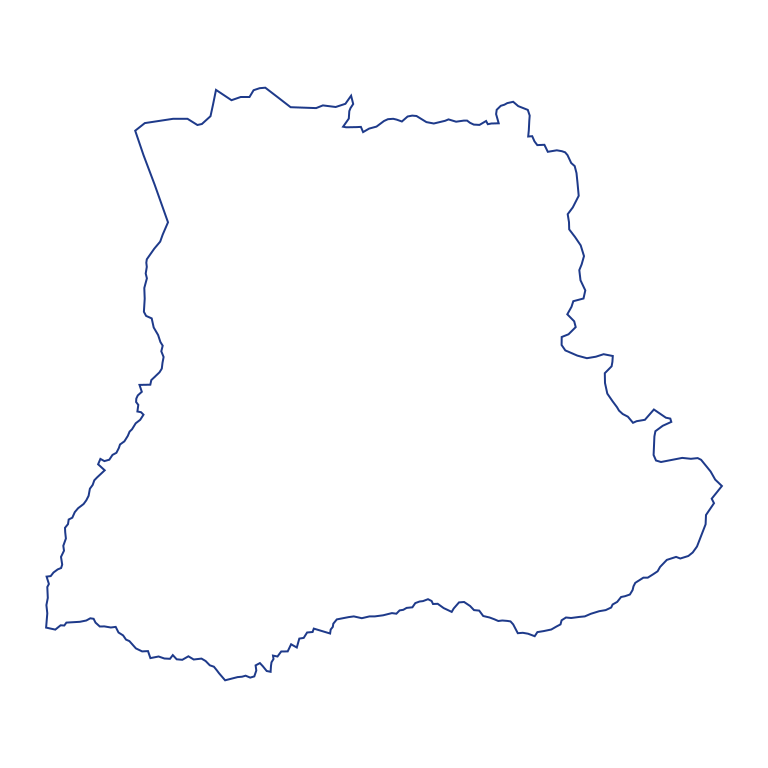 outline of Sertânia, Pernambuco, Brazil
{"feature_id": "56859067B10888923782063", "entity_name": "Sertânia", "entity_type": "district", "adm_level": 2, "iso_a3": "BRA", "parent_name": "Brazil", "parent_adm1": "Pernambuco", "projection": "mercator", "projection_center": [-37.338, -8.2], "detail": "fine", "context": "isolated", "style": "outline", "palette": "blue", "viewbox_px": 768, "rotation_deg": 0, "n_neighbors": 0, "source": "geoboundaries", "source_scale": "gbopen_adm2", "svg_char_len": 4467}
<svg xmlns="http://www.w3.org/2000/svg" viewBox="0 0 768 768"><path d="M351.1,95.7L345.4,103.8L335.7,107.0L322.9,105.4L316.1,108.1L290.6,107.2L278.6,97.9L273.9,94.3L265.3,87.7L259.6,88.2L253.6,90.2L249.5,97.0L240.7,97.0L231.5,100.2L216.0,89.9L213.0,104.7L210.5,116.2L201.9,124.0L197.4,125.0L187.5,118.8L173.1,118.8L144.8,123.1L135.2,130.7L143.5,155.1L154.7,184.8L168.0,222.3L162.7,234.6L160.2,241.6L154.3,248.6L146.8,259.3L146.3,262.7L146.8,266.9L145.7,273.5L146.9,278.3L144.3,288.0L144.7,298.7L143.9,311.8L146.1,315.9L151.7,318.4L153.7,327.5L158.1,335.0L160.4,342.0L162.7,345.7L161.3,351.3L163.6,357.0L162.5,362.8L161.8,368.6L159.5,372.3L151.3,380.1L150.3,384.7L139.5,384.9L141.8,391.8L137.8,395.4L136.3,398.6L136.1,402.0L138.3,404.9L137.4,411.5L141.0,412.2L143.5,414.7L140.2,419.8L135.7,423.3L132.0,429.3L129.6,431.6L127.8,435.9L124.4,441.3L120.0,444.5L118.9,447.9L116.4,452.8L112.5,454.9L109.3,459.7L104.4,461.1L100.4,458.9L98.1,464.3L104.7,470.3L97.0,477.5L94.3,480.3L92.7,484.9L89.9,488.7L88.6,495.8L86.3,500.3L83.6,504.0L78.1,508.2L74.8,512.1L72.3,517.7L68.7,519.5L68.0,524.1L65.0,527.8L65.2,532.2L65.9,538.5L63.3,545.8L64.0,550.7L61.0,556.9L62.2,564.6L61.1,568.0L57.7,569.4L53.5,572.5L50.7,576.1L46.6,576.6L48.9,584.0L47.3,587.0L47.8,597.9L46.4,605.1L47.3,613.3L46.4,624.0L46.1,627.6L55.3,629.6L60.6,625.3L64.3,625.5L66.4,622.6L79.9,621.8L86.3,620.5L90.3,618.3L93.6,618.8L95.5,622.6L99.8,626.5L104.4,626.4L110.8,627.5L115.7,626.9L118.5,632.5L123.1,635.4L126.0,639.6L129.4,641.1L135.9,648.4L142.1,651.4L148.0,651.1L150.4,658.1L158.6,656.5L164.4,658.5L170.0,658.8L172.8,655.1L176.7,659.3L182.3,659.8L188.4,656.3L193.7,659.5L201.5,658.6L205.6,661.0L209.8,665.3L213.9,666.7L216.9,670.4L219.0,673.2L225.1,680.3L237.6,677.1L242.1,676.7L245.6,675.7L250.2,677.6L254.3,676.4L256.3,670.5L255.6,665.4L259.9,663.1L262.8,666.2L266.7,671.0L270.6,671.8L271.0,665.8L271.5,662.3L273.5,659.0L273.0,655.6L277.5,656.5L281.2,651.5L287.7,651.4L291.1,644.3L296.8,647.5L299.3,638.6L303.7,637.9L307.1,632.5L312.6,632.0L313.8,628.6L330.1,633.5L330.7,629.5L332.8,626.9L333.3,623.7L336.8,619.4L348.7,617.1L353.8,616.4L361.8,618.2L369.5,616.4L374.8,616.4L383.1,615.3L391.9,613.1L396.4,613.7L399.6,610.4L403.3,609.8L406.6,607.9L412.4,607.3L415.3,603.1L419.6,601.5L423.0,601.1L428.0,599.2L431.6,601.0L433.0,604.0L437.7,603.8L443.7,608.1L446.9,609.6L451.7,611.9L453.7,608.5L459.0,602.4L464.1,602.0L470.1,606.0L474.0,610.1L479.2,610.6L483.2,616.0L489.6,617.5L494.4,619.3L498.3,621.0L502.3,620.5L507.2,620.9L510.5,621.4L513.2,624.4L517.8,633.2L522.8,632.8L528.0,633.7L534.7,636.2L537.4,632.1L543.6,631.1L551.3,629.5L556.5,626.5L560.5,624.4L561.6,620.3L566.0,617.5L571.1,618.0L579.5,616.9L584.8,616.4L590.8,613.8L599.2,611.2L605.7,610.1L611.2,607.5L612.6,604.5L617.2,601.9L621.1,597.0L625.0,596.2L629.9,594.5L632.6,590.0L633.5,586.3L635.3,582.8L643.3,577.7L647.7,577.7L653.1,574.3L657.6,571.3L660.1,566.9L666.8,559.9L676.1,556.9L680.3,558.5L688.3,556.0L692.7,552.5L697.0,546.5L705.6,524.3L706.0,515.0L714.0,503.2L711.7,498.7L721.9,486.0L715.2,479.6L710.6,471.5L701.1,459.8L697.7,458.1L690.9,458.8L682.2,457.9L661.0,462.0L656.0,460.5L653.6,455.0L654.4,436.4L655.4,431.2L662.7,425.8L671.3,421.9L670.3,418.6L665.9,417.7L653.9,409.5L644.9,419.8L636.6,421.2L633.0,422.8L630.5,419.8L627.9,416.7L622.7,414.0L619.0,410.6L617.0,407.2L612.6,401.3L607.3,393.6L605.0,383.0L604.8,373.2L611.6,366.3L612.4,361.9L612.8,356.0L603.6,354.2L595.9,356.7L586.9,358.2L577.3,355.6L565.3,350.4L561.6,345.0L561.7,337.0L568.5,334.3L575.7,327.1L574.2,321.3L567.3,314.3L571.5,306.8L573.3,301.2L583.5,298.5L585.3,290.4L580.5,280.3L579.3,270.1L581.6,264.5L584.0,256.1L582.0,249.6L580.7,245.4L575.1,237.1L569.2,229.4L569.0,222.2L567.7,214.2L572.8,207.4L578.7,195.8L577.5,182.8L576.5,173.1L574.7,166.1L571.2,163.0L567.5,155.1L565.1,152.3L561.9,151.2L556.8,150.3L547.8,151.8L544.4,144.8L537.3,145.1L534.5,141.4L532.2,136.2L528.2,136.5L528.8,130.3L529.3,120.6L529.7,115.6L527.8,109.9L518.2,106.1L513.2,101.8L507.3,103.1L504.4,104.7L500.8,105.8L496.7,109.8L496.1,114.1L498.7,123.3L491.4,123.5L487.8,124.2L486.1,121.0L479.5,124.9L473.8,124.6L470.0,122.8L467.1,120.6L463.8,120.6L456.1,121.7L448.5,119.4L445.1,120.8L433.8,123.5L426.4,122.1L416.5,116.0L412.2,115.6L407.6,116.5L401.9,121.5L396.6,119.6L393.2,118.8L387.9,119.2L384.0,121.0L376.5,126.6L369.1,128.6L363.1,132.1L360.9,126.9L356.5,127.1L346.2,127.3L343.1,126.7L348.8,118.6L349.3,111.1L350.5,108.1L353.2,104.0L351.1,95.7Z" fill="none" stroke="#1e3a8a" stroke-width="2"/></svg>